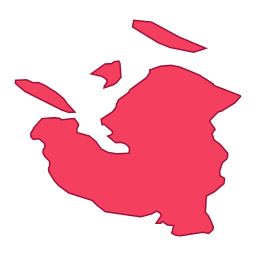 San Juan, United States of America
{"feature_id": "52423323B32782252789959", "entity_name": "San Juan", "entity_type": "district", "adm_level": 2, "iso_a3": "USA", "parent_name": "United States of America", "parent_adm1": "", "projection": "robinson", "projection_center": [-122.989, 48.606], "detail": "fine", "context": "isolated", "style": "filled", "palette": "rose", "viewbox_px": 256, "rotation_deg": 0, "n_neighbors": 0, "source": "geoboundaries", "source_scale": "gbopen_adm2", "svg_char_len": 1768}
<svg xmlns="http://www.w3.org/2000/svg" viewBox="0 0 256 256"><path d="M30.8,133.5L31.0,137.0L33.2,139.3L39.1,138.8L44.5,143.4L45.0,147.3L43.2,149.4L43.0,153.1L44.7,156.3L49.7,161.4L49.5,166.2L48.5,168.3L48.9,171.8L54.4,180.8L58.8,185.7L68.8,193.0L92.4,200.5L96.8,205.1L105.4,211.7L140.6,216.8L151.6,213.9L156.6,211.2L159.7,212.6L161.3,215.6L156.1,223.2L160.7,223.3L162.5,221.4L167.4,225.0L173.8,225.5L171.7,233.2L176.2,235.4L180.6,235.7L202.7,232.3L208.9,233.4L212.8,229.7L213.3,227.2L210.9,220.9L208.4,215.8L205.4,212.4L206.2,198.0L206.9,195.7L214.2,191.9L223.9,183.6L224.6,178.5L220.1,175.6L219.6,171.3L222.3,162.8L226.9,158.8L227.8,155.4L227.4,152.9L220.4,144.7L213.8,139.7L212.1,133.7L214.2,130.4L214.9,130.0L214.8,128.7L210.3,122.6L209.9,120.4L217.9,112.1L221.6,111.0L234.8,102.9L240.6,96.5L240.2,95.7L214.2,85.6L213.1,83.9L199.2,75.0L179.7,67.0L171.2,65.3L160.5,66.2L149.5,70.1L150.0,72.3L146.4,77.7L130.2,89.6L128.3,92.7L118.7,99.7L116.5,104.1L116.2,106.9L112.6,111.8L101.1,119.3L102.1,124.7L104.5,124.5L112.6,131.6L111.9,134.5L107.7,136.1L115.7,142.7L121.1,142.4L125.5,143.9L128.0,145.9L129.6,148.6L129.0,153.2L116.4,153.8L107.9,152.4L101.2,149.0L95.9,141.6L89.3,136.0L77.0,132.6L76.8,129.0L78.5,125.5L78.4,124.0L74.4,118.5L61.5,119.8L59.7,118.3L54.2,117.7L42.0,118.6L34.2,127.3L30.8,133.5ZM133.7,20.3L132.6,27.0L158.0,42.6L170.2,47.5L193.7,52.2L205.9,48.3L179.1,37.1L151.5,22.1L133.7,20.3ZM15.6,80.3L15.4,83.4L25.0,91.5L61.8,110.0L68.8,112.4L74.9,112.1L67.7,104.3L63.7,98.7L55.9,92.3L45.0,85.5L38.6,82.6L33.2,82.7L26.4,79.8L15.6,80.3ZM91.2,73.9L101.9,76.3L106.7,79.6L107.0,82.3L104.3,86.2L104.0,87.9L113.6,84.6L116.7,82.5L121.0,77.2L119.9,63.1L118.8,61.1L114.3,61.7L111.7,63.6L105.0,64.0L91.2,73.9Z" fill="#f43f5e" stroke="#9f1239" stroke-width="1.5"/></svg>